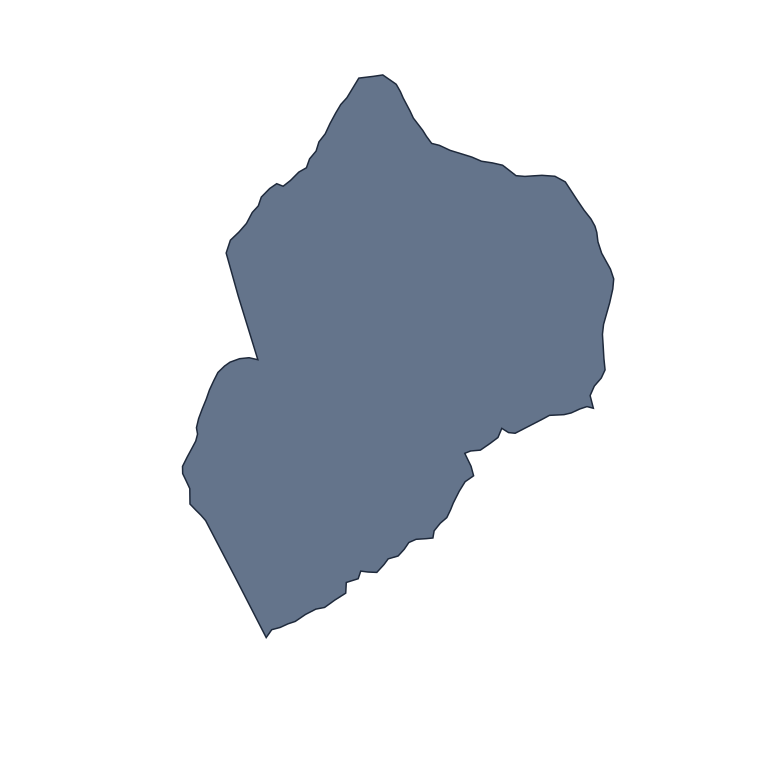 Zacarias, São Paulo, Brazil, rotated 205°
{"feature_id": "56859067B49818137727493", "entity_name": "Zacarias", "entity_type": "district", "adm_level": 2, "iso_a3": "BRA", "parent_name": "Brazil", "parent_adm1": "São Paulo", "projection": "robinson", "projection_center": [-50.053, -21.112], "detail": "fine", "context": "isolated", "style": "filled", "palette": "slate", "viewbox_px": 768, "rotation_deg": 205, "n_neighbors": 0, "source": "geoboundaries", "source_scale": "gbopen_adm2", "svg_char_len": 1839}
<svg xmlns="http://www.w3.org/2000/svg" viewBox="0 0 768 768"><g transform="rotate(205 384 384)"><path d="M523.7,658.3L536.1,650.6L538.6,627.8L541.3,619.1L542.3,609.2L543.0,597.3L543.0,585.9L545.3,576.0L544.0,566.4L546.6,556.6L545.7,547.2L550.8,540.0L554.8,528.9L559.0,520.6L565.9,520.2L570.2,512.9L574.2,501.6L573.2,492.3L575.9,483.8L576.5,471.4L579.7,460.4L584.0,449.4L582.4,436.0L553.1,401.9L508.6,352.7L517.4,350.8L525.6,345.9L532.8,338.7L536.1,332.9L539.4,324.3L539.7,315.2L539.7,305.0L538.7,295.1L538.2,284.5L537.4,274.3L535.5,265.1L531.8,259.8L530.5,252.7L530.9,245.0L531.5,234.8L531.8,224.2L528.6,217.7L522.6,212.8L515.8,207.1L509.1,193.2L501.1,190.1L494.4,187.7L487.9,184.8L434.1,143.6L383.6,104.4L381.9,113.9L375.2,119.5L369.7,126.0L364.1,131.3L357.8,141.9L350.7,151.1L343.4,156.4L337.3,167.3L330.3,178.3L334.3,188.2L325.1,196.6L326.0,204.6L319.1,206.8L310.9,210.2L307.7,220.4L306.3,227.3L298.5,234.1L295.8,242.8L294.5,250.8L289.3,256.8L280.3,261.7L274.6,265.1L276.5,272.1L274.2,281.5L270.6,289.5L270.5,298.2L270.9,305.3L270.5,318.6L269.2,329.7L264.0,338.7L270.3,346.2L281.5,355.3L277.2,359.9L268.7,364.8L262.5,375.4L258.1,383.7L258.5,393.6L250.6,392.6L244.3,394.8L224.7,420.2L220.8,425.5L207.9,432.3L202.1,436.9L196.1,444.0L190.5,449.3L184.0,450.5L192.3,460.6L192.5,471.0L189.6,481.2L189.6,490.2L195.5,500.1L201.0,510.3L207.0,521.3L210.2,530.8L211.8,540.7L213.8,553.1L216.8,566.8L220.2,576.3L227.3,583.8L242.0,594.5L250.2,603.3L255.2,611.3L259.5,616.2L266.1,621.0L276.2,626.1L286.1,632.0L305.1,643.8L316.9,644.5L329.0,639.9L337.1,635.5L344.0,631.7L352.4,628.6L360.5,630.5L369.0,632.4L379.2,630.2L389.8,627.1L400.2,626.8L422.8,623.7L434.7,623.7L442.5,622.2L450.2,626.4L456.0,630.2L469.8,637.4L475.6,642.3L487.5,651.3L492.7,655.9L499.6,660.8L515.7,663.6L523.7,658.3Z" fill="#64748b" stroke="#1e293b" stroke-width="1.5"/></g></svg>